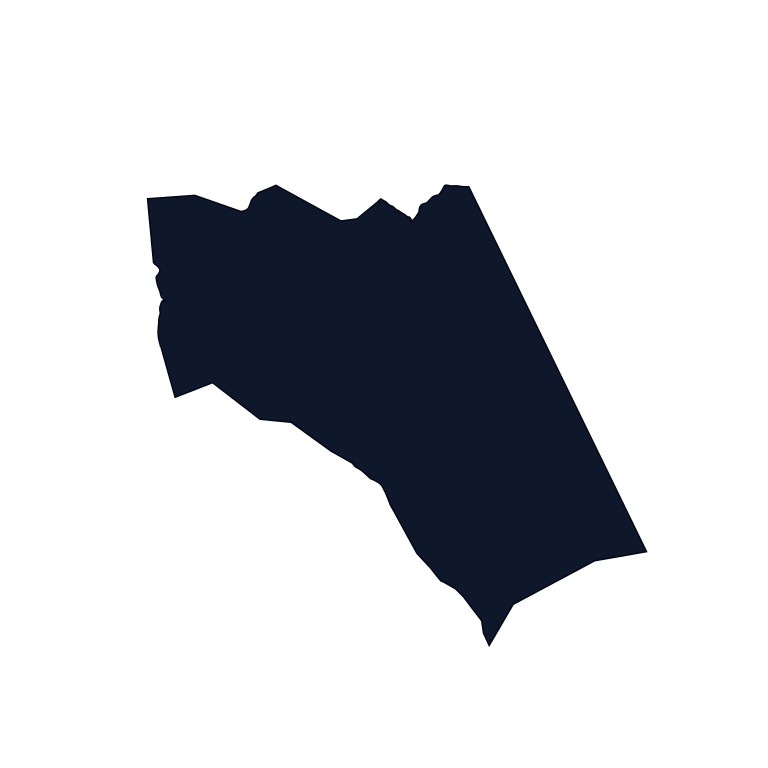 the district of Santmargac, Dzavhan, Mongolia, rotated 236°
{"feature_id": "93677404B94621448134169", "entity_name": "Santmargac", "entity_type": "district", "adm_level": 2, "iso_a3": "MNG", "parent_name": "Mongolia", "parent_adm1": "Dzavhan", "projection": "equal_earth", "projection_center": [95.33, 48.6], "detail": "fine", "context": "isolated", "style": "filled", "palette": "ink", "viewbox_px": 768, "rotation_deg": 236, "n_neighbors": 0, "source": "geoboundaries", "source_scale": "gbopen_adm2", "svg_char_len": 3074}
<svg xmlns="http://www.w3.org/2000/svg" viewBox="0 0 768 768"><g transform="rotate(236 384 384)"><path d="M669.8,291.6L662.5,287.6L656.6,284.3L633.2,271.6L632.8,271.3L613.5,260.8L611.8,261.0L610.8,261.3L609.4,261.8L608.5,262.0L607.5,262.2L606.6,262.4L605.3,262.3L604.2,262.1L603.1,261.4L602.4,260.5L601.6,259.3L601.0,257.5L600.7,256.4L600.5,255.5L600.1,255.1L599.4,254.5L598.4,253.9L596.8,253.2L594.1,252.1L592.0,251.3L588.3,250.5L586.3,250.0L585.1,249.7L583.3,248.9L582.2,248.6L580.8,248.2L579.8,248.3L579.1,248.3L575.7,249.3L576.4,248.2L576.7,247.6L576.7,247.0L576.7,246.5L576.7,246.1L575.9,244.8L573.6,241.8L571.6,240.1L569.9,239.1L568.8,238.6L568.0,238.3L567.1,237.4L564.8,234.7L562.6,232.8L560.8,231.5L557.3,228.7L554.5,226.5L552.6,225.2L550.4,224.0L548.1,222.7L544.6,221.4L540.8,220.0L540.3,219.8L539.9,220.0L489.8,203.4L481.0,242.6L424.1,261.5L404.2,285.6L358.1,302.5L336.1,313.5L331.5,313.9L327.1,316.1L324.1,317.3L313.2,319.9L309.2,322.4L304.7,324.6L301.0,325.4L297.7,325.0L293.4,324.5L285.0,322.8L280.3,321.6L273.5,321.1L225.2,316.6L216.1,318.0L205.4,319.7L198.0,320.2L192.3,320.7L189.2,321.0L186.4,322.7L180.6,325.6L174.3,328.7L163.2,330.9L149.0,331.6L134.3,332.5L132.9,332.5L121.9,327.2L108.4,325.0L128.2,366.0L128.4,366.4L129.1,367.9L122.3,433.8L121.2,444.6L119.7,459.8L116.1,467.8L113.3,474.1L107.7,486.5L104.4,494.0L102.8,497.6L100.2,503.5L98.2,507.9L500.1,564.6L503.3,560.0L505.4,557.6L506.9,556.0L507.5,555.3L508.2,554.3L510.0,551.3L510.9,550.1L512.8,548.2L513.6,547.3L514.0,546.9L514.3,546.4L514.5,545.9L514.5,545.1L514.3,544.5L511.8,539.6L511.1,538.0L510.7,537.0L510.5,535.9L510.5,534.8L510.5,534.2L510.8,533.6L511.2,532.6L511.7,531.2L511.8,530.5L511.9,528.9L511.7,527.1L510.7,523.0L510.4,521.9L510.3,521.2L510.4,520.4L510.6,519.6L511.1,517.9L511.3,517.5L511.5,516.7L511.6,516.0L511.5,515.1L511.5,514.7L511.4,514.3L510.9,513.2L510.5,512.4L510.1,511.9L509.7,511.5L508.6,510.5L508.0,509.9L507.1,509.1L506.4,507.8L504.6,503.5L504.0,501.5L503.8,500.5L503.6,499.2L503.6,498.7L503.4,497.3L504.4,498.0L504.8,498.3L505.4,498.5L506.1,498.6L507.1,498.6L507.7,498.5L508.1,498.4L508.6,497.8L509.1,497.4L509.6,497.0L510.1,496.8L510.8,496.5L511.5,496.3L512.5,496.0L514.0,495.3L515.3,494.7L518.3,493.4L519.3,493.1L519.8,492.8L520.5,492.3L521.2,491.9L522.3,491.5L523.5,491.2L524.4,491.0L525.6,490.8L526.2,490.6L527.5,489.7L528.0,489.3L528.7,488.9L529.6,488.5L530.2,488.3L531.2,488.0L532.3,487.8L534.1,487.3L535.7,486.5L536.6,486.1L537.3,485.7L538.0,485.5L538.5,485.3L538.8,485.2L539.1,484.9L539.3,484.3L538.7,481.4L538.6,481.0L538.6,480.6L538.5,480.4L536.0,454.0L543.2,439.5L577.3,421.9L603.5,408.4L609.1,405.6L609.7,402.3L611.1,395.3L611.2,394.8L613.0,386.1L612.6,385.3L612.2,384.6L612.0,383.8L611.7,383.2L611.7,382.2L611.6,381.1L611.6,380.5L611.1,378.8L610.7,377.6L610.2,376.4L609.2,375.3L607.7,373.1L607.2,372.3L606.7,371.6L605.9,370.5L605.5,369.3L605.4,368.1L605.3,367.1L605.6,365.9L605.9,364.6L607.0,361.9L635.0,341.0L635.5,340.6L646.2,332.6L654.5,318.1L660.3,308.1L660.4,307.8L663.0,303.3L669.8,291.6Z" fill="#0f172a" stroke="#020617" stroke-width="1.5"/></g></svg>